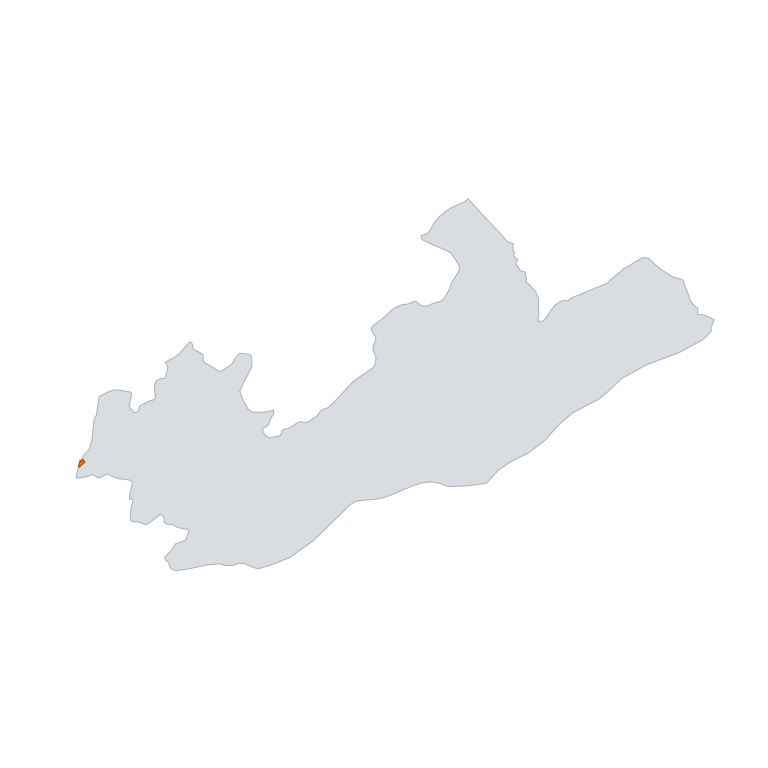 where Pointe Noire sits in Republic of the Congo, rotated 47°
{"feature_id": "COG-5855", "entity_name": "Pointe Noire", "entity_type": "Region", "adm_level": 1, "iso_a3": "COG", "parent_name": "Republic of the Congo", "parent_adm1": "", "projection": "equal_earth", "projection_center": [11.852, -4.798], "detail": "fine", "context": "in_parent", "style": "filled", "palette": "amber", "viewbox_px": 768, "rotation_deg": 47, "n_neighbors": 0, "source": "natural_earth", "source_scale": "10m", "svg_char_len": 3995}
<svg xmlns="http://www.w3.org/2000/svg" viewBox="0 0 768 768"><g transform="rotate(47 384 384)"><path d="M198.9,601.0L201.8,590.8L204.0,586.0L206.7,582.7L217.4,574.7L219.0,575.0L226.3,585.4L228.7,586.3L231.3,586.0L234.4,586.4L235.9,584.4L236.2,581.7L233.9,578.7L233.6,575.4L235.2,571.9L236.1,568.0L238.4,563.4L238.6,561.2L236.2,558.9L231.2,555.3L227.8,551.8L226.5,548.5L227.4,544.2L230.2,540.8L230.0,538.9L227.6,535.8L225.8,532.5L224.0,530.4L219.0,529.2L220.0,524.7L221.8,518.1L222.3,513.1L220.9,499.9L221.0,497.5L222.4,496.3L225.3,497.7L228.3,499.7L236.5,496.9L239.4,496.4L241.8,498.9L245.0,500.9L263.9,495.4L264.3,489.8L265.4,484.7L265.5,480.9L264.7,478.5L263.8,476.6L263.2,472.8L263.2,468.7L265.0,466.8L271.1,461.9L272.9,462.1L277.1,464.7L281.1,468.9L284.6,477.7L287.0,485.2L290.9,494.3L299.1,498.0L309.0,500.4L314.3,499.8L321.9,492.0L326.2,485.9L327.6,482.7L330.1,484.3L332.9,492.3L334.7,495.4L335.2,498.4L333.9,502.1L335.1,504.4L340.4,506.1L345.1,504.5L347.1,501.3L350.6,497.0L350.6,493.5L348.8,491.1L348.8,487.9L350.7,485.4L352.6,478.6L353.2,473.5L355.0,470.3L358.5,468.1L359.7,466.1L361.7,454.2L360.7,449.9L360.7,446.4L362.9,441.8L363.3,434.3L361.1,405.0L364.5,381.4L364.2,378.4L361.8,374.7L358.8,371.4L351.0,368.7L348.1,364.3L345.9,359.7L344.2,358.2L335.7,356.4L333.9,353.7L334.6,346.2L335.4,335.2L335.1,327.5L336.6,321.3L338.3,316.6L342.0,311.7L344.0,305.9L345.1,304.4L352.2,303.5L354.8,301.0L356.8,298.6L357.7,295.3L360.1,289.8L362.3,286.1L362.5,283.6L362.0,280.1L359.9,273.3L357.3,267.5L355.8,265.5L352.6,252.1L349.7,248.9L344.0,247.2L333.4,245.7L327.0,248.1L317.2,252.6L304.9,257.5L302.0,257.0L300.7,255.0L302.6,253.2L303.5,249.1L302.3,243.3L300.4,237.9L299.4,230.4L299.8,221.0L301.7,212.2L305.6,200.8L305.8,196.2L329.5,196.5L354.9,196.3L364.7,196.6L369.4,193.7L373.8,198.1L376.0,199.1L376.8,198.8L378.5,201.9L384.0,201.6L384.9,202.3L385.4,206.1L390.5,206.0L393.1,206.9L395.1,206.8L398.1,204.6L400.3,205.3L404.2,208.2L406.9,210.6L410.8,209.8L419.9,210.2L426.9,212.6L433.8,219.2L438.4,222.9L442.6,228.5L444.1,227.5L446.4,225.3L446.3,220.5L444.0,212.4L443.1,205.5L443.6,199.8L445.3,195.8L448.4,193.3L448.7,188.9L462.7,151.5L462.3,147.2L462.6,140.8L463.3,133.6L463.1,129.3L464.1,126.4L467.7,109.5L469.7,106.7L472.8,104.7L477.3,104.6L489.0,103.3L500.0,100.5L503.7,99.2L510.5,94.8L513.2,94.6L515.5,96.3L528.8,101.4L532.4,103.5L533.7,103.2L535.8,103.6L538.9,103.7L541.9,103.0L543.8,103.6L546.3,107.1L547.9,106.7L550.1,104.2L554.1,101.7L561.8,98.9L563.0,100.1L565.7,106.4L568.5,108.5L569.1,120.1L562.7,145.4L548.9,179.3L542.1,206.1L542.2,225.6L541.4,237.9L539.2,245.4L533.8,265.7L532.9,283.1L534.9,304.4L533.1,324.6L527.4,343.7L525.0,358.7L526.4,376.8L516.0,391.8L502.9,406.8L494.5,411.1L487.9,416.1L483.2,421.9L478.2,431.9L470.4,453.4L466.4,462.8L461.1,470.8L453.2,480.6L450.3,485.3L449.1,492.0L449.6,504.4L450.3,542.1L446.8,570.9L439.0,591.0L433.2,602.2L427.3,605.6L419.7,608.7L416.0,612.5L413.8,618.0L409.5,622.9L403.2,627.1L395.3,637.3L385.6,653.6L379.1,662.9L375.5,665.3L371.9,665.5L368.1,663.5L365.0,663.3L363.4,664.2L360.9,661.9L360.9,658.2L360.5,652.0L358.7,645.6L362.8,636.5L362.5,634.5L360.5,631.2L358.3,626.5L356.3,626.8L351.8,630.4L347.2,633.2L342.9,634.4L337.7,638.9L334.8,638.9L333.2,637.1L329.7,635.5L327.7,636.0L326.7,636.8L325.8,647.8L325.1,652.4L323.8,654.6L318.5,657.0L314.8,660.2L311.7,662.3L309.8,661.8L302.1,653.6L298.0,646.8L295.5,646.7L294.8,648.8L293.6,647.8L289.8,643.3L285.4,636.2L283.7,635.1L281.3,635.3L277.4,637.9L273.5,641.9L266.6,645.7L260.8,647.8L260.3,650.4L259.0,654.8L257.1,657.5L251.9,658.4L250.1,662.3L245.7,670.0L242.8,673.4L242.0,671.9L240.2,670.1L236.6,664.2L233.0,656.9L232.0,653.5L231.0,651.6L230.9,644.3L225.5,635.5L211.9,619.9L210.5,615.3L198.9,601.0Z" fill="#d9dde1" stroke="#a8b0b8" stroke-width="1"/><path d="M236.2,663.5L233.5,659.6L233.0,658.8L232.9,658.4L233.2,658.0L233.5,658.1L234.1,659.1L234.4,658.9L234.6,658.1L234.5,656.7L234.0,655.9L236.8,656.0L236.8,663.5L236.2,663.5Z" fill="#f59e0b" stroke="#b45309" stroke-width="1.5"/></g></svg>